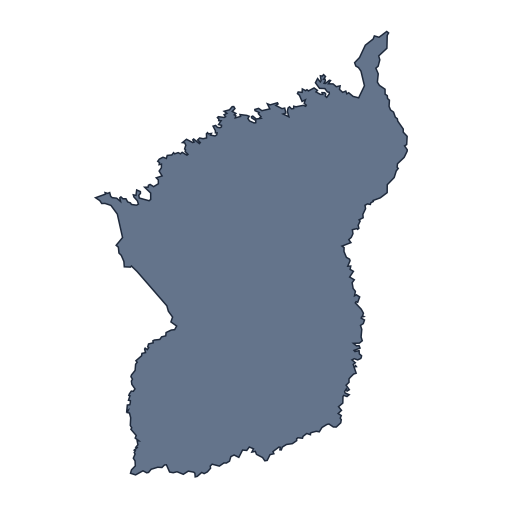 Ponte Alta do Tocantins, Tocantins, Brazil (orthographic projection), rotated 267°
{"feature_id": "56859067B20194373931843", "entity_name": "Ponte Alta do Tocantins", "entity_type": "district", "adm_level": 2, "iso_a3": "BRA", "parent_name": "Brazil", "parent_adm1": "Tocantins", "projection": "orthographic", "projection_center": [-47.257, -10.753], "detail": "fine", "context": "isolated", "style": "filled", "palette": "slate", "viewbox_px": 512, "rotation_deg": 267, "n_neighbors": 0, "source": "geoboundaries", "source_scale": "gbopen_adm2", "svg_char_len": 6079}
<svg xmlns="http://www.w3.org/2000/svg" viewBox="0 0 512 512"><g transform="rotate(267 256 256)"><path d="M471.8,400.1L473.4,398.3L468.0,390.3L469.6,385.7L466.6,384.4L460.8,376.2L448.8,369.8L443.9,364.6L440.5,365.6L438.8,368.2L435.1,370.5L420.3,373.2L408.6,366.8L410.3,361.3L414.2,357.1L413.2,355.2L416.0,354.3L414.9,351.1L418.0,348.1L421.5,348.9L420.9,345.0L423.8,342.0L424.2,337.3L427.3,339.6L427.7,338.5L424.6,334.2L424.9,333.0L427.4,334.5L428.9,334.2L429.0,332.8L431.6,334.8L433.6,333.0L432.2,331.5L432.6,329.7L427.7,330.2L426.5,329.3L430.0,326.8L425.9,324.4L420.1,328.2L419.6,333.5L416.1,335.9L415.7,337.7L414.1,337.7L410.7,334.9L412.0,333.6L414.2,334.1L415.5,333.1L415.7,330.5L413.9,331.1L414.0,328.8L416.7,324.5L418.2,326.0L420.8,322.8L418.1,317.0L419.4,315.6L418.5,314.2L420.4,311.0L417.0,310.6L417.6,306.7L416.0,305.9L414.2,307.8L407.9,310.1L409.4,313.5L405.9,312.1L404.0,314.1L402.9,313.4L404.0,311.1L402.9,303.8L403.6,301.5L401.3,301.3L401.1,299.2L403.2,297.3L402.1,295.8L398.9,294.9L393.3,296.1L396.4,290.4L397.2,293.3L402.2,292.4L401.8,289.7L405.3,283.7L406.7,286.0L407.9,285.4L406.2,278.1L407.4,275.3L402.2,277.5L400.8,269.5L403.3,266.3L402.4,262.5L401.2,262.6L399.1,266.7L398.0,265.8L394.8,268.3L393.9,267.1L393.2,268.1L392.8,263.4L395.9,260.1L395.4,258.8L394.2,258.8L391.3,262.9L389.1,262.7L389.0,261.0L391.2,256.6L393.7,255.1L395.9,256.5L396.9,254.2L398.1,247.4L396.2,247.9L395.0,242.5L397.1,243.2L398.1,241.7L399.4,243.4L401.6,239.9L404.3,242.7L406.4,241.6L406.4,240.0L403.4,237.2L402.2,231.7L400.0,234.4L398.8,231.5L396.7,232.9L396.0,231.5L397.1,225.7L396.2,224.7L394.6,226.1L393.1,225.8L392.9,228.2L389.2,225.5L388.3,228.4L386.7,228.2L386.0,226.7L386.5,224.2L388.5,222.5L387.9,219.9L383.3,222.0L381.1,221.9L381.0,223.6L379.0,223.1L378.0,221.3L379.1,216.9L380.7,217.9L380.5,214.8L381.7,214.1L380.7,212.9L376.5,212.8L375.9,209.3L376.8,205.9L374.9,203.8L372.2,206.3L371.2,205.3L376.1,199.9L375.3,198.9L373.0,200.1L372.6,198.7L376.2,192.7L373.1,188.5L372.7,190.7L370.3,191.7L366.6,190.3L365.8,191.2L364.0,190.7L361.1,193.4L360.3,192.3L363.4,187.7L362.0,185.9L363.3,183.7L362.3,180.1L363.5,179.1L361.3,177.2L361.1,172.6L358.1,171.6L359.5,168.3L357.8,164.5L355.7,162.8L354.3,164.5L352.3,164.0L352.7,166.4L349.0,166.1L345.9,163.7L340.9,166.4L339.3,160.5L337.2,162.4L333.3,162.3L330.6,157.4L333.0,154.0L332.3,152.3L330.4,151.9L330.5,148.4L324.4,154.1L318.0,153.8L316.8,152.1L320.0,142.5L322.7,142.1L324.6,143.9L326.4,143.9L328.2,140.3L322.8,139.3L323.5,136.7L321.3,137.2L317.4,140.4L314.0,141.3L313.0,139.4L314.0,134.3L315.6,133.4L316.7,130.7L320.0,129.1L320.1,126.1L322.1,124.2L321.2,123.0L317.5,123.6L321.0,119.9L321.8,115.4L323.2,114.0L327.0,113.2L326.3,111.2L327.2,108.6L325.7,109.0L322.6,98.8L319.5,102.9L316.5,104.7L316.4,108.0L314.1,113.8L305.1,119.7L281.4,123.7L274.0,116.9L272.0,119.0L266.1,119.3L263.7,121.5L257.4,123.8L252.1,123.9L251.5,130.0L252.5,131.1L246.8,136.4L210.9,164.4L205.4,165.6L199.4,169.5L194.6,167.6L190.2,173.1L186.7,170.9L186.5,167.5L184.3,162.2L181.0,161.7L180.2,157.5L177.7,155.6L177.4,150.1L176.7,148.6L174.7,148.8L173.8,144.1L171.0,143.1L170.1,144.0L168.2,142.6L169.8,140.5L168.9,139.9L165.3,140.6L164.7,137.0L162.3,136.5L157.7,130.6L156.1,131.8L154.2,130.1L148.1,129.3L143.7,125.4L142.0,124.8L139.5,126.2L137.6,125.0L134.3,125.3L129.6,128.2L127.3,126.4L127.6,124.4L124.9,122.3L123.4,121.7L123.0,122.8L118.6,121.1L118.1,123.0L116.1,122.8L114.1,122.2L113.9,119.7L107.8,118.8L108.8,120.4L106.4,119.2L105.8,121.4L101.0,122.4L93.4,121.6L90.9,122.9L89.5,122.0L83.0,127.0L80.5,125.8L77.5,129.4L77.6,127.6L73.7,128.2L71.3,126.0L70.8,127.2L68.5,124.2L67.8,125.3L66.1,124.1L64.6,124.9L60.5,122.9L57.7,124.5L52.7,124.5L49.0,120.5L45.6,119.3L43.7,124.3L47.4,131.9L45.2,135.5L45.5,137.4L48.5,140.1L50.2,146.8L49.7,151.0L52.1,153.7L52.2,155.6L44.8,158.4L43.9,162.0L44.7,165.8L41.8,172.0L44.7,177.1L43.4,182.5L42.3,183.6L38.6,183.7L39.0,185.8L42.7,190.5L41.4,192.8L42.9,196.1L46.4,199.5L48.6,199.3L50.4,201.3L48.1,208.4L51.0,213.1L50.8,215.6L52.5,218.8L57.0,220.4L58.4,223.7L55.8,228.3L62.9,232.4L62.3,236.6L65.6,239.3L63.6,243.4L60.4,241.6L60.9,245.1L57.9,246.1L54.4,252.0L51.0,254.1L51.3,256.5L56.9,259.6L57.6,263.5L59.8,262.7L64.0,268.9L63.7,270.2L61.2,269.7L61.0,271.1L63.8,272.3L66.2,276.6L66.7,282.5L69.5,287.0L71.4,287.0L72.3,288.3L71.6,292.9L73.4,293.5L76.1,297.4L74.7,301.0L76.4,301.2L76.9,302.6L77.8,307.0L77.1,310.0L81.3,312.9L84.1,318.1L84.4,320.1L81.2,324.3L81.0,327.2L85.0,331.9L88.1,332.6L89.6,331.6L92.2,332.8L94.4,329.8L97.4,333.3L101.2,330.5L104.6,335.0L111.2,335.5L112.2,336.4L110.9,339.5L112.6,341.8L114.5,337.8L116.0,337.4L118.5,339.2L116.3,339.9L117.6,342.2L122.3,339.2L125.0,342.3L128.3,342.4L129.7,343.6L133.0,347.3L133.7,349.9L142.6,347.4L144.2,349.6L147.2,346.4L148.3,348.7L146.9,352.1L148.2,355.3L149.5,355.9L150.9,356.2L152.8,354.1L156.1,354.0L155.4,349.8L156.6,348.9L158.6,355.1L161.1,354.2L161.0,351.6L163.7,348.7L163.6,354.7L165.8,357.7L169.6,356.7L177.2,357.8L181.2,356.7L182.9,359.6L186.4,361.0L188.4,357.8L189.5,358.2L189.9,360.5L190.7,359.2L193.2,360.3L197.4,358.3L204.0,352.7L205.2,353.6L204.4,355.1L209.7,357.4L212.0,354.2L211.1,352.3L215.5,353.4L218.5,351.3L224.3,350.6L227.1,352.9L230.1,348.4L235.6,352.5L237.7,349.3L241.0,350.1L241.0,347.1L246.4,349.7L248.0,349.2L249.9,346.2L255.9,344.1L259.8,344.4L261.4,342.4L264.4,351.5L267.5,349.5L269.6,352.1L273.2,354.0L277.2,353.6L278.1,358.1L277.3,358.9L278.3,360.2L281.3,359.6L285.4,361.8L286.7,360.8L288.6,365.0L292.0,364.9L297.5,367.9L300.9,367.5L302.2,370.0L301.5,372.9L303.2,373.5L304.3,376.0L305.3,375.8L307.6,383.2L312.4,390.3L320.3,390.8L327.1,398.1L333.6,400.5L336.0,402.6L337.3,401.6L340.7,402.1L346.7,409.1L352.7,412.4L354.2,412.6L358.2,410.1L359.4,412.3L367.6,413.2L372.0,409.5L375.1,409.7L383.3,404.6L385.7,404.3L387.3,402.4L392.5,400.9L394.8,398.0L398.5,396.7L404.6,397.4L406.4,395.6L409.2,395.5L410.9,393.4L415.8,393.6L419.9,388.2L423.3,386.3L431.5,387.6L437.3,385.5L439.1,387.9L445.4,389.9L449.4,389.0L456.6,397.6L469.5,398.6L471.8,400.1ZM140.2,348.8L140.3,350.4L141.3,349.7L140.2,348.8Z" fill="#64748b" stroke="#1e293b" stroke-width="1.5"/></g></svg>